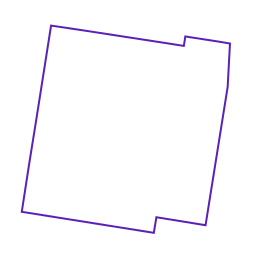 Dallas, Iowa, United States of America (Natural Earth projection), rotated 279°
{"feature_id": "52423323B12801539199166", "entity_name": "Dallas", "entity_type": "district", "adm_level": 2, "iso_a3": "USA", "parent_name": "United States of America", "parent_adm1": "Iowa", "projection": "natural_earth1", "projection_center": [-93.981, 41.683], "detail": "fine", "context": "isolated", "style": "outline", "palette": "violet", "viewbox_px": 256, "rotation_deg": 279, "n_neighbors": 0, "source": "geoboundaries", "source_scale": "gbopen_adm2", "svg_char_len": 358}
<svg xmlns="http://www.w3.org/2000/svg" viewBox="0 0 256 256"><g transform="rotate(279 128 128)"><path d="M28.6,36.2L28.5,169.9L44.3,170.0L44.1,219.8L184.3,220.0L227.4,215.5L227.5,204.6L227.4,178.5L227.4,170.3L217.8,170.3L217.8,162.9L217.8,153.7L217.4,66.3L217.1,36.0L122.8,36.1L75.7,36.0L28.6,36.2Z" fill="none" stroke="#5b21b6" stroke-width="2"/></g></svg>